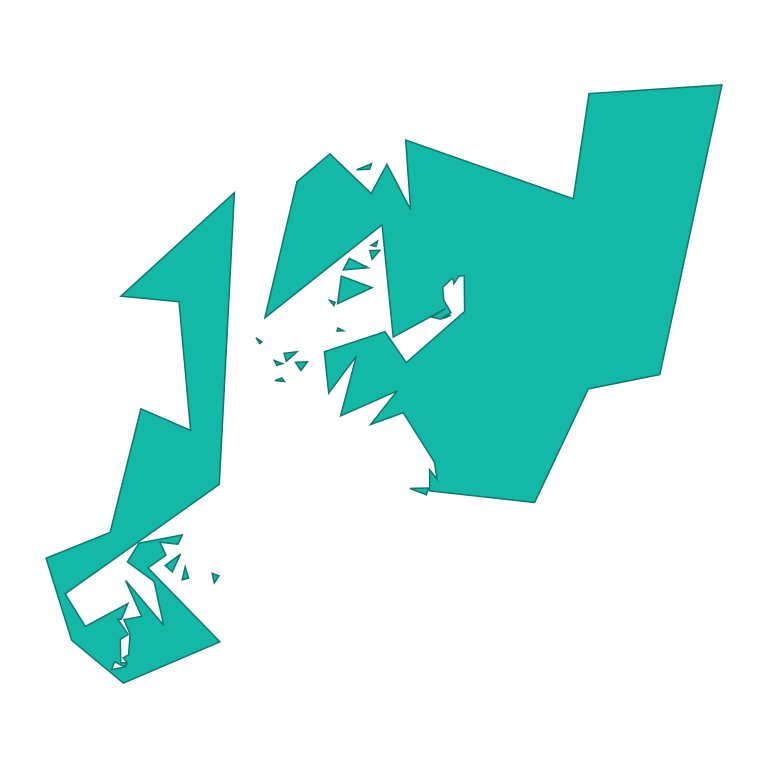 the district of Colón, Colón, Panama
{"feature_id": "35544464B72276923440034", "entity_name": "Colón", "entity_type": "district", "adm_level": 2, "iso_a3": "PAN", "parent_name": "Panama", "parent_adm1": "Colón", "projection": "mercator", "projection_center": [-79.891, 9.223], "detail": "medium", "context": "isolated", "style": "filled", "palette": "teal", "viewbox_px": 768, "rotation_deg": 0, "n_neighbors": 0, "source": "geoboundaries", "source_scale": "gbopen_adm2", "svg_char_len": 1942}
<svg xmlns="http://www.w3.org/2000/svg" viewBox="0 0 768 768"><path d="M405.7,140.1L410.6,209.6L386.9,164.3L371.2,193.5L329.9,153.9L297.0,181.6L264.9,317.8L382.1,224.8L393.2,337.1L445.5,308.5L431.7,317.1L440.3,319.1L445.8,317.5L451.1,315.0L442.3,318.1L451.0,312.6L443.8,300.3L442.7,287.3L451.5,278.9L452.5,278.7L453.1,279.4L453.9,283.8L458.5,276.5L464.2,275.5L464.6,311.5L406.3,362.6L385.0,331.7L324.4,351.7L328.7,393.1L356.3,356.2L340.6,415.9L397.1,390.9L370.7,424.5L403.2,412.7L434.4,462.1L437.1,479.1L429.6,469.8L429.8,490.9L534.6,502.5L588.3,388.9L659.8,374.6L721.9,84.9L589.0,93.6L573.3,198.8L405.7,140.1ZM71.7,640.3L123.4,683.1L219.9,641.8L147.9,567.8L166.0,555.2L159.9,542.2L177.9,544.2L182.3,534.9L139.0,543.1L127.4,561.9L154.1,581.4L163.7,625.3L125.6,580.5L141.6,616.3L123.9,619.7L130.1,634.0L128.6,654.7L123.1,657.9L127.3,663.0L125.3,666.9L111.5,669.6L114.6,661.8L124.7,666.9L127.0,663.1L120.8,662.6L120.3,639.4L128.2,634.5L117.8,619.2L121.4,619.3L128.0,603.5L85.3,626.4L65.1,593.8L219.3,484.4L234.4,192.6L120.9,296.2L179.0,301.7L190.6,430.4L140.9,408.8L110.1,532.4L46.1,558.2L71.7,640.3ZM372.2,287.6L341.3,276.1L337.6,303.7L372.2,287.6ZM368.0,267.7L349.3,258.4L343.3,269.9L368.0,267.7ZM428.8,488.0L409.9,488.4L426.3,494.8L428.8,488.0ZM371.5,163.7L356.6,169.8L369.7,169.2L371.5,163.7ZM180.5,554.1L165.2,565.5L172.3,571.9L180.5,554.1ZM296.9,351.8L284.1,353.3L286.3,361.3L296.9,351.8ZM307.4,361.8L295.5,362.3L300.9,370.6L307.4,361.8ZM379.9,250.3L369.9,250.6L372.1,259.3L379.9,250.3ZM281.8,378.0L274.9,380.6L284.4,381.5L281.8,378.0ZM282.5,363.7L274.3,360.5L276.8,365.4L282.5,363.7ZM188.5,578.1L185.2,566.8L182.2,579.9L188.5,578.1ZM261.8,341.8L256.0,337.9L259.9,343.6L261.8,341.8ZM219.0,575.8L212.2,573.4L214.3,583.0L219.0,575.8ZM335.1,302.2L329.7,300.4L333.9,305.6L335.1,302.2ZM343.5,330.7L337.9,328.0L337.0,331.1L343.5,330.7ZM375.9,246.5L377.6,241.0L371.0,245.4L375.9,246.5Z" fill="#14b8a6" stroke="#0f766e" stroke-width="1.5"/></svg>